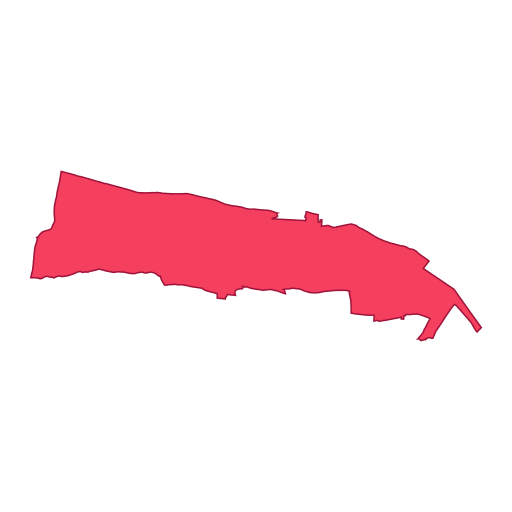 outline of Cernatesti, Dolj, Romania
{"feature_id": "2599482B72523042760761", "entity_name": "Cernatesti", "entity_type": "district", "adm_level": 2, "iso_a3": "ROU", "parent_name": "Romania", "parent_adm1": "Dolj", "projection": "equal_earth", "projection_center": [23.471, 44.445], "detail": "fine", "context": "isolated", "style": "filled", "palette": "rose", "viewbox_px": 512, "rotation_deg": 0, "n_neighbors": 0, "source": "geoboundaries", "source_scale": "gbopen_adm2", "svg_char_len": 5996}
<svg xmlns="http://www.w3.org/2000/svg" viewBox="0 0 512 512"><path d="M481.3,327.6L470.4,312.4L454.0,289.3L423.3,268.5L429.0,261.1L428.7,260.7L424.8,257.9L420.0,254.6L416.8,251.9L416.5,251.4L416.1,251.2L415.8,250.9L413.5,249.6L412.4,249.4L411.2,249.0L410.6,249.0L409.7,248.9L408.1,248.1L406.6,247.1L403.6,246.1L403.3,246.0L402.4,246.1L401.8,245.9L399.7,245.6L399.1,245.3L396.3,244.6L394.8,244.1L389.9,242.9L387.5,242.0L385.8,241.5L382.4,240.2L381.3,239.6L380.0,239.2L374.4,236.3L373.2,235.4L370.2,233.7L370.0,233.4L369.7,233.5L369.1,232.9L367.4,231.8L364.4,230.3L363.9,229.8L362.4,229.0L361.7,228.8L361.0,228.4L360.1,228.1L359.3,227.7L357.9,226.8L356.4,225.5L352.2,224.2L351.2,224.0L348.8,224.4L343.2,225.5L340.1,226.2L336.6,226.9L336.6,227.1L335.0,227.4L333.9,227.4L332.9,227.3L331.9,226.8L330.9,226.6L329.3,225.8L328.7,225.6L328.0,225.5L326.9,225.5L324.9,225.8L321.5,226.2L321.9,219.9L320.1,219.9L320.1,222.1L319.7,222.2L319.3,222.0L318.9,222.0L318.3,222.1L318.0,221.9L318.2,214.7L312.6,213.5L307.0,211.8L306.3,211.7L305.8,214.1L305.3,215.5L304.9,217.1L305.9,217.4L305.8,218.6L305.9,219.0L305.6,220.8L304.8,220.5L303.9,220.4L301.4,220.4L271.6,218.8L273.1,218.1L276.4,217.2L277.0,216.9L277.5,216.5L277.6,216.0L277.6,215.7L276.9,214.5L276.7,213.9L276.7,213.6L277.0,213.3L277.5,213.1L277.0,213.0L271.6,211.1L268.3,210.3L260.0,209.8L254.4,209.1L251.0,209.2L248.2,209.0L245.4,208.4L242.2,207.2L240.4,206.9L239.7,206.8L236.8,206.3L232.5,205.8L227.1,204.7L224.6,204.0L223.1,203.3L222.6,203.2L217.7,201.0L215.6,200.2L211.4,199.1L208.5,198.6L206.9,198.1L202.3,197.2L194.8,195.4L192.8,194.8L187.2,193.6L185.0,193.6L180.6,193.8L177.0,193.8L173.8,193.8L169.6,193.7L167.1,193.5L166.1,193.5L161.9,193.2L160.4,192.8L157.5,192.5L156.3,192.5L154.8,192.7L151.8,192.6L148.2,192.9L146.9,192.8L145.0,192.9L139.1,192.7L136.9,192.4L130.8,190.4L107.1,183.9L103.9,183.3L100.2,182.1L97.3,181.4L81.2,176.7L78.1,176.2L74.1,174.8L61.2,171.4L59.7,180.9L58.8,184.9L57.7,189.5L57.0,193.1L56.4,197.4L55.7,199.8L54.5,205.6L54.3,208.7L54.3,210.3L54.1,212.5L54.5,217.1L54.7,220.2L54.7,221.2L52.4,226.0L51.7,227.9L51.1,228.8L49.4,229.7L44.5,231.2L43.4,231.5L42.0,232.2L40.0,234.1L39.1,235.5L38.4,236.7L37.9,237.0L36.7,237.4L36.6,237.5L37.4,238.1L37.5,238.5L37.1,239.6L36.5,242.3L35.4,245.6L35.0,247.4L34.6,249.8L34.1,254.5L33.9,257.4L33.9,258.2L33.3,262.7L33.5,263.1L33.3,264.9L33.1,265.4L32.7,269.7L30.7,277.7L31.5,277.8L34.7,277.7L37.7,278.1L40.0,278.7L41.0,278.7L42.6,278.1L44.5,277.0L45.6,276.5L46.3,276.4L47.4,276.5L49.6,277.0L52.5,277.3L53.9,277.9L54.2,277.9L54.5,277.8L54.8,277.2L56.3,276.9L56.8,276.5L57.8,276.1L58.6,276.0L61.8,276.5L63.0,276.5L64.0,276.3L65.3,276.0L66.9,276.0L67.8,275.8L68.5,275.6L68.9,275.1L70.2,275.0L73.6,273.8L74.9,273.2L78.0,271.9L79.0,271.7L80.4,271.6L82.1,272.2L82.2,272.4L82.8,272.4L83.4,272.3L84.2,272.0L88.0,272.1L88.9,271.8L90.0,271.3L91.0,271.0L92.8,270.9L93.5,270.7L94.1,270.2L95.4,270.2L96.0,270.1L96.6,269.8L97.8,269.5L98.0,269.2L98.4,269.1L99.1,269.1L100.1,269.3L107.1,271.2L107.5,271.2L109.6,271.7L110.9,271.8L111.6,272.1L112.5,272.2L113.0,272.4L115.1,272.2L117.2,271.9L118.9,271.8L120.5,272.0L124.1,272.1L126.5,272.7L127.7,272.9L129.2,273.3L131.4,273.5L134.1,273.7L135.5,273.4L137.4,272.8L141.0,272.2L142.1,272.2L142.8,272.3L143.8,272.7L145.3,273.0L146.4,273.0L148.2,272.7L149.4,272.2L151.0,272.1L154.5,272.9L155.6,273.6L158.7,276.0L159.3,276.2L160.5,276.2L160.4,276.7L160.7,277.7L161.8,280.5L164.5,285.1L166.0,285.2L166.8,285.1L168.1,284.7L172.4,284.6L174.7,284.3L175.3,284.4L175.9,284.6L178.3,284.8L180.3,284.7L182.3,284.8L183.2,285.0L183.8,285.0L185.7,285.5L187.4,285.5L187.9,285.6L188.6,286.1L190.6,286.5L191.6,286.6L192.5,286.9L194.1,287.0L197.6,287.6L198.8,287.7L202.0,288.3L202.8,288.4L203.1,288.8L203.2,289.3L203.9,289.7L205.3,290.2L206.5,290.8L210.6,291.9L212.3,292.3L212.9,292.4L213.9,292.7L215.3,293.2L217.2,293.5L217.2,298.1L225.3,299.0L225.4,298.1L226.1,296.8L226.6,296.3L227.4,294.5L230.4,294.9L233.5,295.1L235.5,295.4L235.1,293.7L234.9,292.0L235.4,290.8L236.5,289.9L237.4,289.4L238.9,289.0L242.5,288.7L242.6,288.3L242.4,286.4L243.1,286.7L243.6,286.7L244.5,287.3L244.8,287.1L245.4,286.9L246.4,286.8L247.0,286.9L248.1,287.5L250.0,287.8L251.0,288.3L251.4,288.4L252.0,288.4L252.7,288.7L254.4,288.9L257.8,289.5L260.1,289.6L261.5,290.1L262.9,290.2L266.5,289.9L268.1,289.6L270.7,289.5L273.2,290.0L274.8,290.5L275.6,290.5L277.9,291.1L282.1,292.8L285.4,293.8L284.3,289.6L283.7,289.5L284.7,289.1L285.7,289.0L289.6,288.9L291.4,288.3L292.1,288.3L294.0,288.3L295.3,288.6L297.7,288.8L298.8,288.8L299.8,289.1L301.2,289.5L303.7,290.7L308.1,292.1L309.8,292.5L313.3,292.8L315.0,292.9L318.5,292.6L320.0,292.4L324.0,291.5L335.3,290.4L342.6,290.3L345.0,290.3L346.9,290.5L348.3,291.0L348.6,291.2L349.2,291.1L349.9,291.6L349.8,292.1L349.4,292.6L349.2,293.1L349.4,293.8L350.4,298.6L350.7,300.0L350.9,301.6L351.2,308.6L351.1,313.1L355.5,313.9L366.4,315.1L367.3,315.1L364.9,314.9L370.1,315.2L374.1,315.2L374.0,318.6L373.9,321.1L376.5,320.5L377.3,320.5L378.2,320.7L379.1,321.3L380.5,321.1L382.4,320.7L385.5,320.3L388.5,319.7L390.7,319.3L394.7,318.5L397.4,318.0L401.3,317.1L401.1,318.9L403.6,319.2L403.8,317.8L403.9,315.9L404.1,315.8L405.5,315.6L405.4,314.7L405.9,314.7L407.2,314.4L409.7,314.6L413.3,314.1L416.9,314.1L419.1,314.4L421.0,315.0L426.9,317.2L429.1,318.1L430.1,318.7L428.2,322.0L424.7,328.9L424.4,329.1L424.1,329.7L423.3,331.9L422.9,332.9L422.0,333.8L420.7,335.6L420.0,336.3L418.0,338.7L418.3,338.6L418.7,338.7L419.6,339.5L420.3,340.2L421.0,340.5L421.5,340.6L422.0,340.3L423.6,340.0L424.4,339.4L424.7,339.4L425.4,339.8L425.7,339.3L425.9,339.1L426.1,338.9L426.8,338.8L427.0,338.4L427.3,338.1L428.5,337.7L429.3,337.7L429.9,337.7L431.6,338.3L432.0,338.3L433.0,338.2L433.4,336.8L434.2,335.2L435.8,331.4L440.9,323.9L446.2,315.6L449.7,310.6L450.2,309.7L451.9,307.4L454.5,304.4L455.8,305.2L457.2,306.5L465.6,316.2L471.1,322.5L474.3,328.1L475.7,330.4L477.1,332.0L477.9,331.1L478.5,330.6L479.2,329.6L480.0,329.1L480.4,328.4L481.3,327.6Z" fill="#f43f5e" stroke="#9f1239" stroke-width="1.5"/></svg>